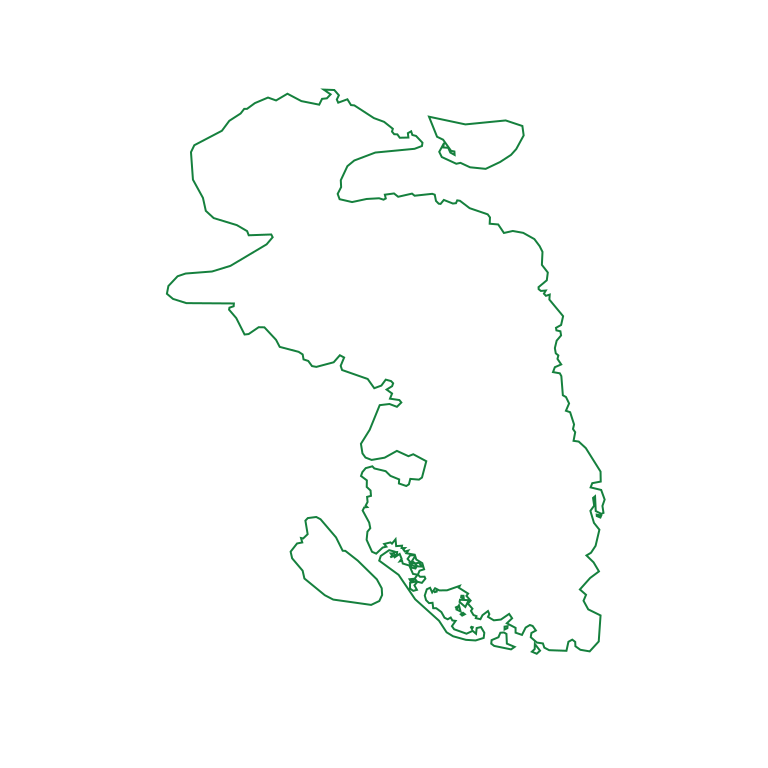 Temotu-Nende, Temotu, Solomon Islands, rotated 78°
{"feature_id": "97153195B91208568213874", "entity_name": "Temotu-Nende", "entity_type": "district", "adm_level": 2, "iso_a3": "SLB", "parent_name": "Solomon Islands", "parent_adm1": "Temotu", "projection": "natural_earth1", "projection_center": [165.974, -10.758], "detail": "fine", "context": "isolated", "style": "outline", "palette": "green", "viewbox_px": 768, "rotation_deg": 78, "n_neighbors": 0, "source": "geoboundaries", "source_scale": "gbopen_adm2", "svg_char_len": 6164}
<svg xmlns="http://www.w3.org/2000/svg" viewBox="0 0 768 768"><g transform="rotate(78 384 384)"><path d="M688.3,238.4L680.5,227.5L655.4,220.3L646.9,231.1L637.5,233.9L632.2,230.2L625.7,235.1L616.6,222.7L612.0,212.7L602.0,216.1L593.8,221.6L592.1,216.6L586.3,210.7L571.3,203.6L563.5,207.5L551.0,208.5L546.7,203.7L538.9,203.2L537.7,200.9L552.3,203.3L556.2,198.4L555.7,196.1L548.7,195.7L542.9,192.2L532.8,193.6L528.1,203.4L524.3,200.9L524.5,192.3L514.7,190.4L488.7,199.9L480.8,205.5L479.0,210.4L470.9,207.0L467.3,208.5L463.1,206.5L450.3,207.8L448.0,211.6L441.5,207.0L434.6,208.7L432.2,211.4L413.2,208.9L410.1,209.8L407.5,216.2L403.1,213.4L401.7,206.6L395.5,209.1L392.3,207.5L389.7,209.6L384.4,209.4L377.5,206.1L373.3,200.7L369.1,200.5L367.4,204.2L364.8,204.1L363.1,198.5L354.9,194.7L335.8,204.7L331.0,203.3L331.4,207.3L328.9,208.8L326.2,206.3L325.6,211.2L323.4,213.0L321.4,212.7L316.4,203.2L309.0,200.6L300.3,204.8L287.7,201.5L281.5,203.1L273.5,206.8L265.1,216.4L261.1,226.2L261.2,235.3L251.7,239.1L249.2,247.3L243.1,245.7L239.6,247.3L229.8,263.7L220.6,271.6L219.6,274.2L222.1,276.0L221.8,279.1L216.4,287.2L219.6,291.2L219.0,293.0L215.7,295.1L209.4,295.0L208.0,297.3L206.2,314.9L203.6,317.0L203.8,331.2L199.7,334.6L199.0,343.8L202.9,343.7L203.6,346.1L201.3,350.2L199.4,362.5L199.4,377.4L194.0,389.0L188.4,389.8L182.5,385.0L175.7,383.9L163.3,374.5L159.2,366.6L155.8,344.4L160.3,305.2L159.1,297.4L156.0,296.2L148.0,301.1L146.3,304.5L142.5,304.9L143.6,308.5L148.0,308.9L146.4,317.4L142.6,319.0L141.8,322.1L138.8,323.7L136.2,322.3L127.6,329.4L121.8,338.6L105.3,355.1L104.3,358.3L97.9,360.6L99.3,370.3L95.9,371.0L92.2,368.1L86.1,371.5L83.5,381.8L89.6,376.0L92.7,380.5L92.2,385.3L97.3,389.3L90.1,406.0L80.0,418.1L84.2,430.6L79.7,437.9L82.4,451.9L86.4,460.8L85.8,463.5L89.6,468.0L94.4,480.6L102.6,489.9L111.0,519.9L117.1,524.6L144.4,528.4L164.3,522.4L177.6,522.3L186.3,516.1L198.0,494.9L206.0,486.1L210.4,485.4L214.3,463.2L217.3,462.4L223.0,469.8L236.5,509.6L238.2,528.8L234.7,555.1L235.7,563.5L243.3,574.5L250.6,577.6L256.9,572.7L263.8,560.5L274.0,514.1L276.7,514.9L277.2,519.3L279.1,520.1L288.8,514.8L306.6,510.1L307.0,506.0L302.4,494.8L303.7,489.2L318.4,480.4L326.0,478.3L334.8,460.8L338.2,457.4L343.2,457.6L345.7,453.3L351.5,450.7L353.2,446.6L352.3,428.7L346.7,421.2L349.8,417.5L357.2,422.6L361.6,422.1L375.7,398.9L386.1,394.4L385.0,386.9L380.1,381.4L382.6,376.5L385.2,374.9L387.8,376.5L390.0,382.6L395.0,378.1L399.6,381.2L402.9,372.3L405.7,370.9L409.0,376.1L404.7,382.8L403.8,392.6L425.8,407.5L437.7,419.0L447.4,419.5L452.1,417.4L455.7,411.9L456.2,398.7L452.1,385.3L459.7,375.1L458.8,370.0L468.3,358.7L483.4,366.3L484.8,369.7L482.3,378.0L487.3,380.5L488.4,383.4L484.4,390.1L480.5,389.0L475.2,396.8L469.6,400.5L464.6,411.0L462.1,412.5L462.5,419.4L465.7,423.5L469.2,425.6L474.7,420.8L481.1,422.3L485.4,419.3L490.7,420.0L490.9,424.0L496.0,424.6L499.1,427.2L500.9,426.0L500.6,429.0L503.3,431.2L516.5,427.3L522.2,427.4L525.0,430.9L532.8,433.4L545.6,430.6L548.3,426.9L543.7,419.3L543.6,415.5L540.5,417.1L540.3,410.6L541.8,409.4L538.3,405.0L545.1,405.8L545.9,400.0L548.1,400.9L548.8,397.7L549.9,399.5L552.2,398.4L552.0,395.0L554.2,397.3L557.4,389.4L562.4,388.9L567.2,383.8L573.6,383.3L574.0,388.0L577.5,390.5L580.1,388.8L580.9,384.4L583.0,384.0L586.4,388.3L584.4,392.4L587.2,396.1L592.2,394.6L592.4,398.4L589.5,401.1L583.8,399.8L583.9,392.8L581.4,394.1L582.7,398.8L580.3,399.6L580.8,394.5L577.5,390.8L575.8,395.1L566.8,397.0L563.5,403.0L560.6,403.1L560.7,405.4L558.6,403.1L553.5,404.0L555.7,409.6L554.2,410.0L554.9,413.8L553.4,411.5L551.2,412.6L551.7,410.2L550.0,408.8L547.6,413.5L551.5,422.9L555.8,425.4L573.7,409.4L601.0,398.3L627.0,379.4L639.9,374.4L645.1,368.9L651.3,357.0L653.9,347.7L653.1,339.3L648.2,337.6L641.9,339.7L642.0,344.1L647.4,345.9L643.9,348.6L645.4,355.2L638.5,366.4L635.0,367.9L630.6,363.2L629.5,366.3L626.3,367.3L627.4,370.6L625.2,373.4L619.0,375.3L614.2,379.5L613.5,382.5L608.1,382.0L607.7,385.5L604.1,387.8L599.4,388.1L593.7,384.8L592.9,381.3L597.9,380.2L594.4,376.5L597.4,372.8L598.9,365.2L597.2,351.9L598.8,353.2L606.5,345.3L608.4,347.4L613.9,344.3L616.2,347.6L622.2,344.2L624.0,346.1L628.6,344.5L630.3,341.8L632.1,342.9L634.1,338.6L630.6,335.7L627.7,329.5L631.0,328.8L633.4,330.7L638.0,325.7L638.7,318.6L634.9,309.4L639.8,307.4L643.6,313.6L649.9,306.0L654.6,307.0L658.1,301.2L651.7,296.1L650.1,291.5L651.6,288.9L656.7,286.7L658.2,291.6L662.2,293.1L668.7,288.2L670.8,282.5L675.2,282.0L678.7,277.8L682.9,261.0L674.5,257.2L673.2,253.0L676.0,250.6L680.3,251.3L684.8,247.2L688.3,238.4ZM597.4,442.5L595.3,433.7L590.0,429.7L583.3,428.7L573.6,431.6L551.3,446.4L539.2,456.5L538.5,459.1L524.1,462.8L503.1,474.2L500.0,477.9L499.3,486.4L501.3,489.3L515.0,489.9L518.3,495.2L517.4,497.2L522.0,496.9L521.9,502.2L528.6,510.2L535.4,510.1L549.7,502.4L557.7,502.3L578.3,485.8L584.3,478.5L597.4,442.5ZM194.7,239.8L191.0,224.3L186.3,212.1L181.7,205.8L169.9,195.7L160.4,195.0L151.5,210.2L147.0,250.4L131.9,284.4L153.2,280.7L157.3,275.4L169.9,269.9L171.2,266.8L174.6,267.3L171.4,271.0L166.3,272.1L164.9,277.0L160.7,275.1L168.4,281.7L174.0,280.3L183.6,267.5L183.6,263.2L189.9,254.8L194.7,239.8ZM670.0,314.9L668.3,310.9L663.5,317.8L653.9,316.2L652.0,318.3L651.5,321.9L655.5,324.7L656.9,332.0L660.3,333.1L663.1,330.7L670.0,314.9ZM679.6,290.7L677.3,286.8L669.7,290.5L674.6,291.7L676.6,295.0L679.6,290.7ZM619.0,350.8L613.1,346.1L610.8,354.5L612.9,355.4L619.0,350.8ZM564.5,394.8L559.0,389.6L557.7,390.0L557.1,394.2L560.0,397.3L564.5,394.8ZM571.0,391.6L569.8,390.5L565.5,395.9L569.4,395.1L571.0,391.6ZM570.5,384.8L566.1,387.0L566.0,391.2L569.3,389.2L570.5,384.8ZM619.7,359.9L622.4,356.4L616.1,356.7L619.7,359.9ZM649.2,317.1L648.5,314.1L646.6,313.5L646.4,316.5L649.2,317.1ZM554.1,409.4L553.2,406.8L551.1,406.1L550.7,409.3L554.1,409.4ZM559.6,200.1L557.9,198.9L556.0,203.1L557.4,203.3L559.6,200.1ZM626.8,355.7L626.0,352.8L624.2,354.3L625.2,356.8L626.8,355.7ZM564.8,394.8L565.6,391.1L563.6,392.9L564.8,394.8ZM610.6,350.6L607.7,350.3L607.2,352.3L608.7,352.9L610.6,350.6ZM617.6,361.0L617.9,358.5L617.1,358.7L617.6,361.0ZM641.9,348.9L640.4,347.7L639.7,348.9L640.1,349.5L641.9,348.9ZM598.2,378.4L598.0,375.6L597.3,375.4L598.2,378.4Z" fill="none" stroke="#15803d" stroke-width="2"/></g></svg>